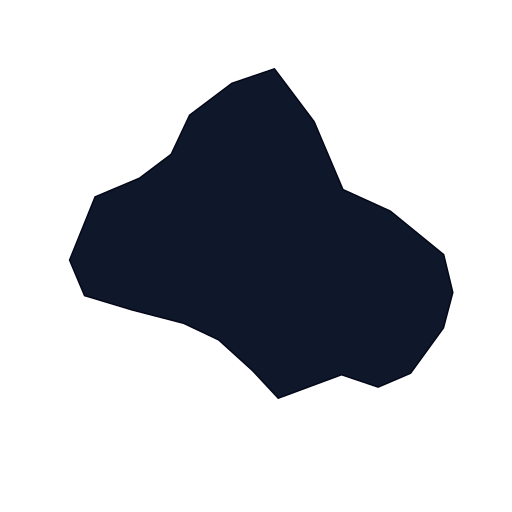 the district of Tjörn, Västra Götaland, Sweden, rotated 67°
{"feature_id": "70781695B41142122613038", "entity_name": "Tjörn", "entity_type": "district", "adm_level": 2, "iso_a3": "SWE", "parent_name": "Sweden", "parent_adm1": "Västra Götaland", "projection": "orthographic", "projection_center": [11.643, 58.001], "detail": "fine", "context": "isolated", "style": "filled", "palette": "ink", "viewbox_px": 512, "rotation_deg": 67, "n_neighbors": 0, "source": "geoboundaries", "source_scale": "gbopen_adm2", "svg_char_len": 441}
<svg xmlns="http://www.w3.org/2000/svg" viewBox="0 0 512 512"><g transform="rotate(67 256 256)"><path d="M328.1,82.7L267.2,114.8L228.8,150.0L155.1,150.0L90.9,165.9L87.6,210.8L100.4,262.1L129.2,294.3L138.8,332.8L138.7,381.0L186.9,429.2L225.5,429.3L257.6,390.7L289.7,348.9L318.6,323.2L360.3,303.9L395.6,291.1L398.7,223.7L424.4,194.8L424.3,159.5L395.4,111.5L366.5,89.1L328.1,82.7Z" fill="#0f172a" stroke="#020617" stroke-width="1.5"/></g></svg>